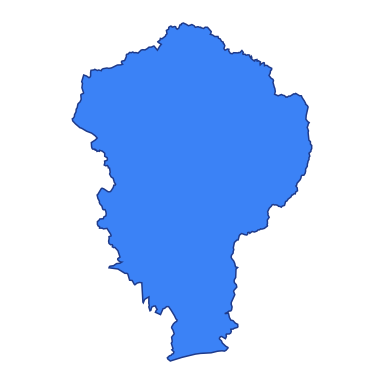 the district of Amboasary-Atsimo, Anosy, Madagascar
{"feature_id": "10022922B61088153240222", "entity_name": "Amboasary-Atsimo", "entity_type": "district", "adm_level": 2, "iso_a3": "MDG", "parent_name": "Madagascar", "parent_adm1": "Anosy", "projection": "mercator", "projection_center": [46.389, -24.509], "detail": "fine", "context": "isolated", "style": "filled", "palette": "blue", "viewbox_px": 384, "rotation_deg": 0, "n_neighbors": 0, "source": "geoboundaries", "source_scale": "gbopen_adm2", "svg_char_len": 5894}
<svg xmlns="http://www.w3.org/2000/svg" viewBox="0 0 384 384"><path d="M200.7,27.2L200.2,27.5L198.0,26.7L195.3,27.3L194.3,25.9L192.0,24.6L191.3,24.6L190.7,25.1L188.4,25.7L186.2,24.3L183.3,23.0L181.5,23.7L181.3,24.7L180.0,24.9L178.8,28.1L177.2,29.2L176.1,28.1L175.6,26.7L174.6,26.5L172.2,27.2L171.6,26.3L170.6,26.1L168.8,27.3L168.6,29.2L166.4,30.4L167.0,33.8L165.7,35.1L165.4,36.2L161.9,38.8L160.4,38.4L159.9,40.3L157.8,41.7L158.1,42.3L161.3,44.3L159.7,46.3L157.4,50.2L154.1,46.1L153.5,46.1L151.4,47.1L148.9,47.2L147.3,48.6L145.0,49.9L142.5,49.7L141.1,50.1L138.0,53.1L136.1,52.6L133.9,52.7L132.8,52.0L131.2,52.7L129.7,52.4L127.9,54.1L126.7,54.3L126.3,55.0L126.3,56.7L124.9,60.0L124.4,60.6L121.9,61.1L121.5,61.6L121.5,62.6L122.6,64.3L120.7,64.9L117.4,65.0L111.5,67.9L108.9,68.4L106.9,68.0L103.1,68.7L101.8,69.5L101.3,70.7L98.6,70.0L97.3,70.5L94.8,69.3L94.0,69.9L91.0,70.3L90.6,72.5L90.6,76.0L90.0,77.1L89.0,77.7L86.5,76.0L83.7,75.0L81.7,81.7L82.5,83.3L81.9,87.7L83.6,92.9L83.4,93.4L81.4,94.2L80.8,94.9L81.2,99.3L80.1,101.8L78.1,103.7L77.8,104.5L77.2,107.7L76.2,109.2L76.0,111.8L74.5,114.7L74.4,116.6L73.2,118.3L72.3,118.8L72.7,120.9L75.5,123.9L79.9,127.7L81.5,128.2L86.6,131.2L91.6,133.1L95.1,135.7L97.2,138.0L95.4,139.9L91.3,142.6L91.6,146.9L92.1,148.4L92.7,149.1L94.2,149.1L94.5,149.7L95.4,149.5L95.6,150.2L96.4,150.2L97.0,151.4L98.0,151.0L99.3,151.3L99.6,150.3L102.4,151.2L104.7,153.2L104.7,156.3L107.1,157.7L107.5,159.1L106.9,160.4L104.6,161.1L104.8,162.9L104.2,165.0L105.7,165.8L107.4,165.5L108.3,166.8L108.3,167.8L109.5,168.1L110.2,172.2L109.6,174.0L111.1,176.9L113.2,178.3L114.3,182.3L115.6,184.2L115.3,185.0L113.8,185.2L113.3,187.3L111.0,191.0L109.9,191.8L108.2,191.8L103.7,188.8L102.0,188.2L101.3,188.6L97.7,194.6L97.1,195.0L97.9,198.4L99.4,201.2L99.3,202.4L99.9,203.9L101.9,206.1L102.7,209.1L103.4,209.7L105.0,209.6L105.8,211.3L106.2,213.4L105.9,215.8L103.8,217.0L103.3,218.7L99.8,219.0L99.0,220.3L97.4,221.6L97.4,224.3L98.1,225.9L99.5,226.6L99.5,228.1L102.3,228.2L103.4,228.9L107.0,228.4L110.6,234.1L111.1,235.5L111.0,236.0L109.0,236.6L109.1,238.8L108.6,241.1L109.0,243.4L110.5,244.7L112.2,244.7L112.7,245.5L112.3,246.8L113.7,247.6L114.9,247.4L117.9,250.7L120.0,257.1L117.8,258.6L117.7,259.5L118.5,260.7L120.7,262.0L121.7,262.1L120.0,263.2L116.5,263.6L113.5,265.7L110.0,266.2L109.4,266.7L109.0,267.8L117.9,269.0L124.9,273.3L127.1,273.4L127.8,274.0L129.6,280.2L132.2,280.5L134.2,284.2L134.9,284.8L137.0,283.1L139.5,282.4L141.8,282.8L142.9,302.1L143.3,302.8L144.5,299.8L145.3,298.9L148.9,296.9L148.8,303.1L149.3,305.4L148.8,306.9L150.0,310.8L150.8,310.4L151.7,307.2L153.7,306.1L155.5,306.1L156.0,307.6L157.2,309.4L156.3,310.3L155.4,312.3L160.5,314.6L163.0,308.8L164.7,308.3L166.6,306.6L168.6,306.6L171.3,310.5L174.5,315.8L176.0,319.0L177.1,320.0L176.6,321.5L175.4,322.0L173.5,323.8L171.8,326.7L171.6,327.8L173.1,330.4L174.2,333.8L171.6,337.2L172.2,341.1L172.1,342.0L171.3,343.2L173.0,348.8L171.8,349.8L173.9,351.9L173.4,353.6L172.0,354.1L171.2,355.2L169.5,355.8L167.3,357.8L167.8,359.0L170.3,361.0L181.8,357.4L195.4,354.1L200.6,353.4L211.1,352.8L217.7,351.2L222.0,350.8L224.5,351.1L226.0,350.3L228.0,348.0L228.0,347.5L225.7,346.2L222.3,343.0L221.4,340.8L219.5,339.1L219.4,338.2L220.4,336.7L221.7,336.5L225.4,338.7L226.4,336.6L226.1,334.8L226.4,334.1L229.4,333.9L230.7,333.0L231.3,331.4L230.8,329.3L233.4,329.0L234.0,328.4L237.4,327.4L237.9,326.8L237.7,324.3L235.4,323.2L233.0,320.6L230.8,320.1L229.4,317.4L228.5,313.3L224.7,313.6L227.2,312.5L229.0,311.1L230.8,310.9L231.6,309.8L232.1,306.9L231.2,304.2L231.3,302.4L234.8,294.7L233.6,291.4L233.9,290.4L236.8,287.1L236.3,284.7L234.4,282.6L234.1,280.9L234.4,279.6L235.7,277.5L236.0,269.1L237.6,267.5L235.5,266.8L234.7,263.3L233.7,261.0L231.7,258.5L231.1,257.1L231.5,255.2L233.1,253.1L233.2,251.3L233.8,249.7L233.3,247.8L234.4,242.5L236.8,240.1L238.2,239.9L239.2,235.8L240.0,234.6L241.7,233.5L244.9,234.7L246.8,235.0L247.8,233.8L247.8,232.6L249.0,232.3L249.8,233.3L252.1,231.5L254.4,232.0L256.9,231.1L258.1,229.9L259.6,229.8L260.5,228.9L261.8,229.1L264.3,228.4L267.2,226.2L267.5,225.8L267.1,224.9L267.5,223.3L267.3,220.1L269.2,217.3L267.9,214.8L268.1,213.5L267.6,211.8L269.3,208.2L271.3,206.2L272.0,205.0L273.2,204.5L274.6,205.0L275.9,204.8L277.7,205.4L278.5,206.3L279.8,206.4L281.3,207.2L282.1,206.2L284.5,205.4L285.6,201.5L286.9,201.0L288.2,199.0L291.0,196.9L291.7,195.2L292.6,195.0L294.1,193.7L295.2,193.9L295.7,192.0L297.5,190.8L297.2,187.8L295.9,186.0L296.6,185.3L297.0,183.3L300.1,179.8L301.0,177.8L301.2,176.2L302.0,175.3L303.9,175.2L305.1,173.3L305.6,171.3L305.6,169.0L307.3,166.3L307.4,163.7L307.8,162.9L308.0,161.3L309.0,159.5L309.0,157.5L309.8,156.2L309.0,153.2L310.9,151.4L311.0,150.1L311.7,148.7L311.7,145.4L310.5,144.3L310.4,141.6L308.9,140.1L308.1,132.4L308.5,130.9L307.2,127.4L308.1,125.1L308.1,124.3L309.2,122.6L307.7,121.6L305.9,119.2L306.2,115.4L308.1,107.0L307.3,105.6L305.6,104.2L305.7,103.6L304.3,100.9L302.1,97.6L301.4,95.8L299.5,95.7L295.7,93.4L295.1,93.9L293.6,93.9L290.2,96.1L288.7,96.1L287.3,97.1L286.6,96.9L286.0,97.2L284.5,95.6L283.0,95.3L281.4,94.5L278.1,95.8L274.6,94.2L275.3,91.5L274.8,88.3L274.3,87.3L273.0,82.4L273.5,80.7L273.0,79.4L271.0,78.1L269.0,75.5L270.2,73.1L270.5,70.8L271.6,69.7L271.7,68.3L268.9,66.9L267.2,65.5L265.7,65.3L264.5,65.7L264.3,62.9L263.8,62.6L261.5,63.6L260.2,64.9L260.0,63.9L260.4,61.9L258.3,60.7L257.2,61.1L257.0,59.5L254.9,59.9L254.6,61.0L253.8,60.7L251.5,58.7L251.8,57.3L251.3,56.3L250.6,57.6L249.6,56.1L249.5,55.1L248.0,54.8L246.1,55.2L245.0,54.2L243.1,54.3L242.8,53.8L243.3,52.4L241.9,50.5L239.9,52.6L238.7,52.5L238.1,52.9L233.7,52.7L232.3,53.7L230.4,53.4L228.7,50.9L228.9,49.3L227.5,49.0L225.1,50.2L224.4,49.4L223.9,48.5L224.8,45.8L224.1,44.0L223.4,43.6L223.2,42.1L221.5,41.3L220.2,38.9L218.5,38.3L218.0,36.5L214.7,36.5L212.6,35.0L210.3,34.3L210.9,33.2L211.2,31.5L207.5,27.3L205.2,27.2L203.6,28.5L201.2,27.8L200.7,27.2Z" fill="#3b82f6" stroke="#1e3a8a" stroke-width="1.5"/></svg>